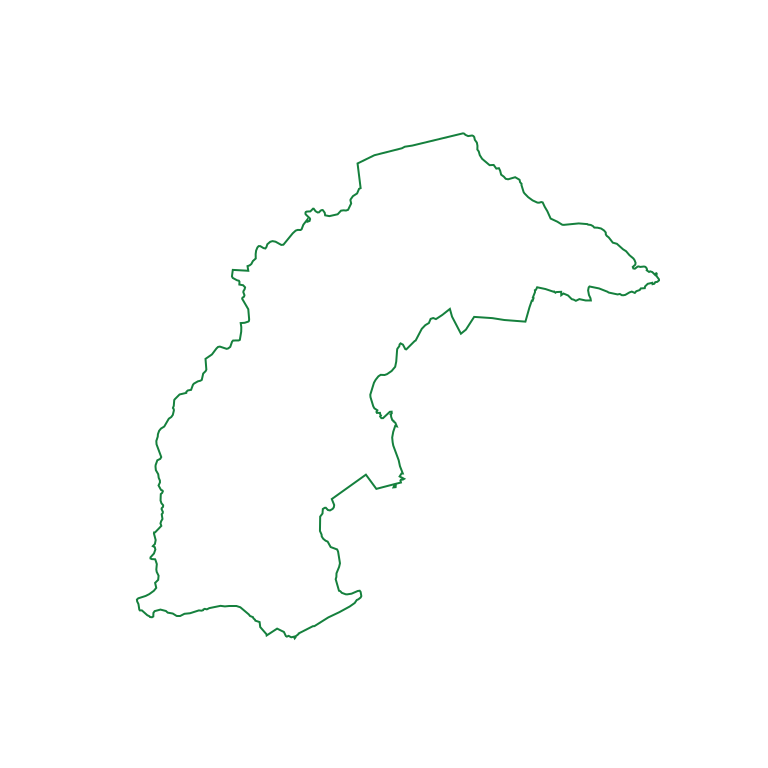 Mineral del Monte, Hidalgo, Mexico, rotated 76°
{"feature_id": "50627088B71257963793973", "entity_name": "Mineral del Monte", "entity_type": "district", "adm_level": 2, "iso_a3": "MEX", "parent_name": "Mexico", "parent_adm1": "Hidalgo", "projection": "albers", "projection_center": [-98.654, 20.148], "detail": "fine", "context": "isolated", "style": "outline", "palette": "green", "viewbox_px": 768, "rotation_deg": 76, "n_neighbors": 0, "source": "geoboundaries", "source_scale": "gbopen_adm2", "svg_char_len": 6150}
<svg xmlns="http://www.w3.org/2000/svg" viewBox="0 0 768 768"><g transform="rotate(76 384 384)"><path d="M609.2,532.2L608.4,531.2L607.4,531.6L607.3,530.4L606.0,527.5L605.4,527.2L601.8,511.6L602.1,510.1L597.0,494.5L594.6,482.6L591.6,471.1L589.4,465.4L587.0,462.7L586.7,460.9L585.5,458.3L584.3,457.3L580.1,457.0L578.7,457.6L578.5,459.6L579.6,466.2L579.2,470.7L578.8,472.0L576.4,475.5L574.5,476.5L573.7,477.7L561.7,478.1L559.7,476.9L556.2,475.9L550.6,471.8L547.3,470.1L535.5,469.1L533.2,469.5L529.3,475.2L523.3,476.8L521.9,478.6L519.5,480.4L516.9,481.3L515.0,481.0L511.1,481.7L497.2,478.0L494.8,475.0L490.5,473.6L489.8,471.5L490.0,470.4L492.7,468.9L493.6,467.0L492.8,464.1L491.6,462.6L489.4,461.6L483.0,462.5L467.6,423.5L483.9,416.8L483.7,397.6L486.6,399.8L486.9,397.7L483.7,396.6L483.7,391.4L481.6,391.4L481.0,390.8L481.3,388.7L480.9,387.4L477.5,391.2L475.1,388.7L475.4,387.4L467.6,388.4L461.5,388.2L446.0,389.9L442.6,389.7L437.9,389.0L432.6,386.6L427.4,383.3L428.2,381.8L424.3,382.4L422.5,383.9L421.9,383.7L421.0,384.7L417.5,385.0L415.9,384.7L415.1,385.0L414.4,383.6L412.7,383.3L412.4,385.1L416.9,393.2L416.5,394.8L414.6,395.6L413.8,394.6L413.1,395.0L411.0,394.9L410.3,397.9L409.3,398.1L407.9,396.8L405.3,399.2L403.1,399.8L393.5,400.3L391.1,399.9L380.3,393.4L377.8,391.0L375.2,387.6L374.3,385.0L375.4,381.3L375.2,378.8L373.2,373.4L370.0,369.0L365.2,366.7L354.0,363.0L353.0,362.5L351.0,360.0L349.4,359.3L348.6,358.1L350.4,356.1L355.3,354.9L355.8,354.0L349.7,343.8L349.5,342.8L339.6,334.0L336.9,329.7L335.7,325.7L332.1,323.0L331.9,320.3L333.6,317.9L331.2,311.0L327.1,301.9L335.1,301.7L353.8,297.2L351.1,291.4L340.7,280.3L346.3,262.9L351.0,251.8L357.7,231.7L344.8,224.3L338.8,220.4L339.2,219.7L336.8,218.1L336.2,218.7L331.3,215.2L329.5,214.9L329.4,213.8L327.2,212.0L330.9,204.4L335.6,197.0L335.4,196.6L336.9,195.6L336.5,194.6L337.4,189.8L340.7,190.5L339.6,188.0L342.6,184.0L347.1,181.3L348.0,179.6L349.7,177.7L348.9,173.9L351.7,168.2L353.0,163.1L350.7,162.9L347.2,163.6L342.5,163.3L339.8,162.0L339.1,161.0L343.3,152.2L348.5,144.9L349.6,143.9L353.6,135.7L353.7,133.4L355.4,131.7L355.8,130.2L355.9,128.3L354.5,123.6L354.3,121.2L356.3,118.6L355.0,116.7L354.7,113.2L353.4,111.7L354.1,107.8L352.5,107.1L350.6,103.9L350.7,99.2L352.1,99.3L352.1,97.5L350.8,96.1L351.0,94.1L350.0,92.1L348.9,91.9L345.1,93.5L342.8,92.7L342.4,93.0L342.7,94.1L343.5,94.7L340.3,96.6L339.1,98.5L339.4,99.7L337.2,101.6L336.5,101.1L335.2,101.2L333.6,102.0L332.9,103.3L332.4,107.0L331.5,108.6L331.5,109.6L332.8,112.7L332.2,114.1L330.6,114.3L329.0,111.3L327.3,110.6L324.6,110.9L322.6,111.6L318.5,114.6L313.7,117.0L311.1,119.5L304.3,124.1L302.2,127.8L296.1,130.5L294.2,132.0L292.6,132.6L290.6,132.2L288.2,133.4L285.6,135.8L284.0,139.0L283.1,142.1L281.3,143.1L279.7,144.9L278.7,147.5L278.1,147.9L275.3,156.2L273.1,171.0L272.6,172.5L268.4,176.6L263.8,182.3L255.9,183.7L250.9,185.2L246.2,186.1L245.5,187.4L245.6,189.6L245.1,191.3L241.8,195.4L237.6,198.9L233.0,201.6L231.6,202.1L224.2,202.5L223.0,202.1L221.2,203.1L218.6,203.1L215.1,206.7L215.4,214.1L214.3,216.3L211.9,217.5L209.2,219.7L205.2,219.7L202.4,220.3L202.2,222.9L198.0,224.6L197.2,228.6L189.3,234.3L185.1,235.7L181.3,235.8L179.1,236.7L175.5,235.7L172.3,235.5L169.0,236.8L166.3,236.7L165.0,237.3L164.2,238.4L163.8,242.4L161.9,244.8L160.6,245.5L159.9,246.7L159.5,298.9L158.8,306.4L159.6,309.6L159.7,338.0L163.6,356.3L188.3,359.3L188.6,361.0L192.6,364.0L194.2,368.7L196.7,371.6L197.4,372.1L200.9,372.2L206.3,376.7L206.5,378.9L205.7,381.2L205.4,383.8L208.1,387.9L207.9,396.4L206.1,400.3L203.4,400.1L200.5,401.3L200.2,401.9L200.4,403.5L201.7,405.5L201.5,406.9L199.8,408.6L196.9,409.8L196.7,410.4L198.7,413.7L198.0,417.2L198.2,418.3L199.1,418.9L200.4,419.0L205.3,415.9L206.1,415.8L207.8,416.8L208.0,418.9L205.8,418.5L209.9,423.7L213.9,426.5L214.4,427.7L213.6,430.5L213.8,432.6L215.7,436.1L224.5,447.9L224.2,450.0L219.7,454.8L218.4,457.6L218.5,460.0L220.2,463.4L222.6,464.9L223.8,466.3L223.0,468.0L220.3,470.7L219.9,472.3L220.9,473.8L223.6,475.8L226.9,477.1L231.2,478.1L233.0,481.5L235.5,483.7L236.4,485.7L236.6,487.9L241.3,488.3L236.7,503.1L242.8,505.5L244.5,505.1L247.8,501.5L248.7,499.8L249.8,499.5L252.5,500.3L254.1,496.8L256.6,495.4L258.3,496.3L259.9,497.9L260.9,498.3L264.1,497.9L265.4,498.7L266.0,500.4L267.0,501.0L278.6,497.6L288.6,499.2L290.0,499.7L290.6,500.4L290.9,504.4L290.2,508.3L294.3,508.7L298.7,509.9L306.3,513.2L306.6,514.5L305.3,519.9L306.2,521.2L310.8,524.2L311.8,526.7L311.8,528.2L308.0,534.2L307.9,536.1L309.0,538.0L313.7,543.8L316.4,551.1L327.1,552.9L328.3,553.9L330.1,556.9L335.9,559.8L336.4,561.3L336.4,564.0L337.7,568.5L338.6,569.6L343.0,572.6L342.8,575.9L343.7,577.6L344.8,578.0L344.7,584.9L348.2,590.7L348.8,591.4L354.4,593.3L356.2,594.6L357.6,594.1L358.9,594.3L362.9,596.4L364.6,598.4L365.6,601.2L372.1,607.5L373.3,611.2L375.0,613.5L378.0,615.5L380.4,616.3L384.2,618.7L387.5,619.3L401.0,617.8L402.5,619.2L403.2,622.4L407.4,625.2L408.9,625.7L412.4,626.2L416.9,624.9L420.5,625.3L423.4,624.8L425.3,625.2L427.9,627.3L432.8,626.0L433.7,624.8L434.5,624.5L436.0,625.6L436.8,627.2L443.0,629.0L445.9,628.8L448.2,627.6L449.7,628.1L450.7,629.7L451.5,630.1L454.6,629.5L455.8,630.0L456.6,631.2L461.4,631.6L463.2,633.4L465.2,634.6L467.8,634.4L472.6,642.0L472.4,643.0L473.4,643.4L480.2,643.3L483.8,645.0L485.4,647.5L486.9,645.9L489.3,645.9L492.8,648.2L495.7,652.5L496.8,652.8L497.7,651.7L498.7,648.5L499.6,648.3L503.8,648.0L508.9,649.8L511.3,650.0L515.5,649.1L519.4,650.5L521.6,654.2L526.7,654.3L529.0,657.4L531.1,662.6L532.0,666.6L532.5,674.3L533.4,675.9L535.3,676.1L538.1,675.5L543.7,676.0L544.6,675.7L545.1,673.7L551.1,669.6L552.6,667.8L553.5,667.4L553.9,666.3L554.2,665.6L553.8,664.1L550.3,663.1L548.9,661.5L548.8,655.5L551.5,650.5L553.5,649.2L555.6,644.5L558.9,641.3L559.8,638.0L558.7,633.2L559.5,627.7L558.9,618.4L559.8,615.8L559.7,614.2L559.1,613.8L558.8,612.3L559.8,610.4L559.2,607.7L559.7,596.3L561.3,592.2L562.0,587.6L563.7,580.9L565.9,577.4L574.9,570.9L576.6,570.2L578.6,567.5L579.8,567.4L581.5,566.2L582.5,566.1L584.9,562.3L589.9,562.9L598.3,558.6L599.6,558.7L595.5,546.9L600.4,541.1L604.8,540.2L605.6,539.4L605.3,537.5L607.3,535.3L607.4,532.6L609.2,532.2Z" fill="none" stroke="#15803d" stroke-width="2"/></g></svg>